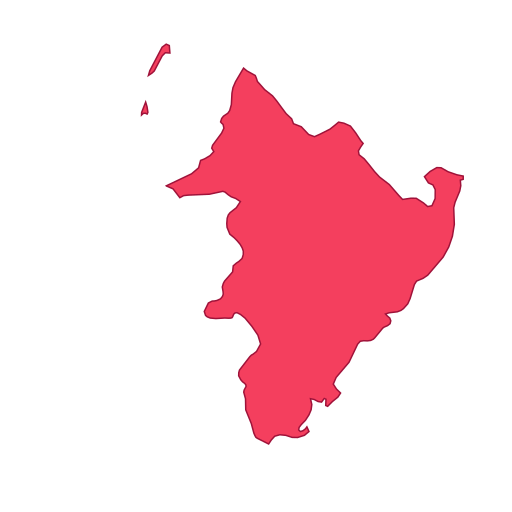 map outline of Sancti Spíritus (Mercator projection), rotated 294°
{"feature_id": "CUB-1322", "entity_name": "Sancti Spíritus", "entity_type": "Province", "adm_level": 1, "iso_a3": "CUB", "parent_name": "Cuba", "parent_adm1": "", "projection": "mercator", "projection_center": [-79.45, 22.111], "detail": "fine", "context": "isolated", "style": "filled", "palette": "rose", "viewbox_px": 512, "rotation_deg": 294, "n_neighbors": 0, "source": "natural_earth", "source_scale": "10m", "svg_char_len": 3086}
<svg xmlns="http://www.w3.org/2000/svg" viewBox="0 0 512 512"><g transform="rotate(294 256 256)"><path d="M283.6,145.5L304.9,163.7L313.2,167.7L320.8,166.5L323.7,169.4L329.0,173.2L334.2,175.0L336.5,171.7L339.5,171.3L354.4,174.6L359.7,174.7L362.8,172.4L363.4,170.5L364.1,169.1L367.7,168.7L370.5,169.4L375.0,172.2L378.2,172.8L384.3,171.9L395.0,167.8L400.4,166.5L406.9,166.4L422.6,168.2L421.4,172.5L420.6,181.9L418.5,184.1L416.0,186.3L414.4,189.9L411.5,196.2L409.0,206.0L406.1,211.8L402.0,219.0L398.3,225.6L395.8,232.8L392.1,236.4L392.5,244.8L388.4,254.7L388.8,260.9L393.3,264.9L402.0,272.0L408.2,275.2L411.9,277.0L413.1,282.3L413.1,289.4L409.0,297.0L404.1,304.6L402.4,308.1L398.3,307.3L393.7,306.8L390.4,309.0L388.8,315.3L385.5,322.0L381.3,330.0L378.4,336.7L375.5,348.7L369.3,362.0L367.3,366.9L371.8,374.0L373.9,378.9L372.6,387.4L371.0,392.7L373.5,396.3L381.3,396.3L389.6,392.7L392.9,388.7L392.9,383.8L397.0,377.6L404.1,380.7L410.3,385.2L411.9,389.2L411.1,397.2L411.9,406.5L413.3,412.8L410.3,414.1L408.4,411.8L403.5,414.5L398.3,415.7L386.1,416.0L380.5,417.0L365.6,424.3L353.9,427.4L342.6,428.4L331.1,427.4L308.4,420.7L303.7,417.8L298.4,412.9L294.4,412.3L279.7,414.1L274.1,414.1L267.9,412.1L265.2,410.5L262.5,407.8L258.2,400.6L255.7,397.9L254.6,400.4L253.7,403.5L251.6,405.5L248.7,406.0L245.9,404.5L243.2,402.0L241.6,401.1L229.4,397.7L227.7,397.0L225.5,395.1L223.8,392.3L222.4,388.8L220.5,385.9L216.8,384.7L196.8,384.2L177.7,378.6L170.4,378.7L167.2,383.6L165.2,389.0L160.4,388.2L154.1,385.0L147.8,382.6L147.8,380.5L153.6,378.2L153.6,376.3L149.2,375.3L148.3,371.9L148.6,367.6L147.8,363.8L143.0,367.4L137.9,368.9L132.4,369.0L126.1,368.0L120.3,365.9L117.0,365.1L114.5,365.7L113.7,367.9L115.5,370.0L118.3,371.5L120.6,372.0L117.2,375.8L111.9,373.2L107.1,367.8L105.0,362.8L104.3,356.2L102.4,350.5L99.0,346.4L94.1,344.8L89.4,344.0L90.0,331.3L90.3,329.7L91.4,328.2L93.3,326.1L101.0,319.9L111.3,309.2L121.3,304.5L126.6,300.2L128.6,299.7L132.8,300.0L134.2,299.1L135.0,297.5L135.6,294.9L136.7,292.5L139.5,288.9L142.4,287.7L145.1,287.3L161.5,291.3L163.6,292.1L165.0,293.2L169.0,295.3L177.5,296.0L184.5,289.9L190.1,280.8L194.8,271.3L196.3,265.7L196.5,261.7L195.4,260.0L194.2,259.4L192.5,259.3L191.1,259.4L189.9,259.2L189.0,258.2L188.0,256.2L186.7,252.8L182.5,244.7L180.7,239.4L180.6,236.2L181.2,234.1L184.3,231.3L193.7,231.6L197.0,234.3L198.0,236.3L199.5,238.4L202.4,241.0L205.4,241.8L207.8,241.6L209.9,240.5L214.0,237.8L217.7,237.3L220.3,237.5L232.0,241.1L237.8,239.2L241.6,241.0L244.1,242.6L248.1,244.3L252.1,243.8L255.3,242.4L257.8,240.1L260.2,236.8L262.3,232.5L263.8,228.7L265.3,223.2L270.4,217.9L273.8,216.1L278.8,214.3L282.3,214.0L285.1,214.7L292.1,218.4L299.4,219.6L300.3,214.1L300.0,209.2L300.7,205.5L301.8,201.7L301.6,199.4L293.5,188.3L284.0,169.2L281.7,165.3L278.3,162.7L283.6,152.9L283.5,145.8L283.6,145.5ZM406.4,94.8L404.8,90.5L400.7,88.9L383.6,87.8L380.8,86.6L377.2,84.3L382.0,83.6L408.6,85.3L413.0,87.8L413.0,91.2L406.4,94.8ZM338.2,94.1L340.7,93.1L351.7,92.6L348.1,95.7L343.3,98.8L341.4,98.8L341.4,96.8L340.5,95.1L338.2,94.1Z" fill="#f43f5e" stroke="#9f1239" stroke-width="1.5"/></g></svg>